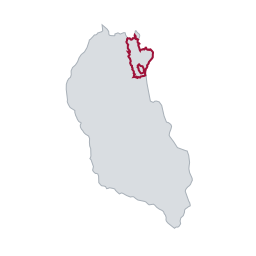 Gyor-Moson-Sopron on a map of Hungary (Equal Earth projection), rotated 82°
{"feature_id": "HUN-3156", "entity_name": "Gyor-Moson-Sopron", "entity_type": "County", "adm_level": 1, "iso_a3": "HUN", "parent_name": "Hungary", "parent_adm1": "", "projection": "equal_earth", "projection_center": [17.255, 47.709], "detail": "fine", "context": "in_parent", "style": "outline", "palette": "rose", "viewbox_px": 256, "rotation_deg": 82, "n_neighbors": 0, "source": "natural_earth", "source_scale": "10m", "svg_char_len": 4375}
<svg xmlns="http://www.w3.org/2000/svg" viewBox="0 0 256 256"><g transform="rotate(82 128 128)"><path d="M210.1,77.4L213.0,77.1L213.8,77.3L214.4,79.2L214.5,79.3L215.2,80.5L215.9,82.1L217.0,83.3L219.3,83.8L222.4,85.4L224.4,88.2L227.4,89.4L227.6,89.4L228.1,89.3L230.2,89.2L230.7,89.7L232.4,91.1L233.1,92.4L232.8,93.7L233.1,95.1L233.8,95.7L233.1,96.6L227.8,101.6L225.7,102.9L224.3,103.2L222.0,102.7L219.7,103.0L217.7,104.1L215.8,104.4L214.4,105.7L212.6,108.4L210.4,110.7L208.2,112.1L207.0,113.4L207.0,117.8L205.7,119.1L204.0,120.3L203.1,121.5L200.7,128.2L198.8,130.3L196.9,132.0L196.6,133.5L196.7,135.2L194.7,138.7L191.9,142.3L191.4,143.7L192.1,145.7L189.4,148.0L187.9,149.1L186.6,149.6L185.8,151.1L184.6,154.6L185.0,156.1L185.1,157.6L182.8,158.4L182.1,160.0L181.6,162.0L180.7,162.9L178.1,164.5L171.7,163.8L169.3,164.3L168.6,165.5L168.5,166.5L167.7,167.3L166.2,168.4L164.8,168.9L161.4,167.6L154.3,169.0L153.0,170.0L152.0,169.2L150.5,168.6L143.3,167.8L140.5,168.4L136.7,168.2L133.2,167.5L130.5,168.1L128.3,170.8L127.1,171.8L126.2,172.4L124.3,173.2L122.6,174.3L120.4,175.0L118.5,174.9L116.6,173.7L115.9,174.0L115.4,175.1L114.4,176.0L111.6,177.2L110.9,177.2L110.7,177.2L108.6,178.0L105.1,178.5L103.3,178.2L100.1,182.0L99.2,182.7L96.1,183.9L93.6,184.5L91.5,184.0L90.6,184.0L81.1,183.8L76.2,183.0L73.0,181.5L70.9,179.8L69.8,177.9L67.4,176.8L63.5,176.4L60.4,174.5L58.3,171.3L55.4,168.7L51.7,166.7L48.7,164.0L46.6,160.5L42.7,157.4L37.1,154.6L35.4,154.0L35.1,153.1L32.4,149.7L31.2,148.4L31.3,146.7L30.8,145.7L29.8,145.0L29.3,142.5L29.0,140.7L28.2,139.5L22.2,139.3L27.2,134.9L29.7,133.7L32.6,133.9L33.5,133.5L33.8,132.8L34.3,131.4L34.5,130.1L34.8,128.8L34.5,128.1L33.1,127.9L32.4,124.7L33.2,123.5L33.9,122.7L33.0,118.9L33.3,117.6L35.5,117.4L37.4,116.6L38.9,115.7L39.4,114.5L40.6,112.1L39.5,109.2L33.0,107.3L32.7,106.6L34.2,105.8L35.8,104.6L36.7,103.7L38.0,103.5L39.7,104.0L42.8,106.1L44.0,106.4L45.2,105.8L46.4,105.7L49.9,105.7L52.8,105.3L52.2,103.0L52.2,101.4L51.7,100.1L52.0,98.6L53.2,97.5L53.5,95.0L55.3,93.3L56.2,93.1L59.4,93.4L60.1,93.8L60.6,93.9L65.7,98.0L70.5,101.2L74.5,102.7L80.3,102.9L86.5,103.0L96.8,102.5L104.5,102.1L105.0,101.3L106.2,99.4L105.2,97.8L105.3,96.0L106.5,93.5L110.3,91.5L121.2,90.6L127.5,89.1L128.4,87.1L130.5,85.1L132.4,84.6L135.0,85.6L138.2,87.4L140.9,88.3L142.5,87.7L148.0,84.7L154.3,81.8L158.6,73.8L159.0,72.6L163.7,71.7L170.7,71.8L174.2,72.8L176.9,73.4L180.9,73.2L186.7,71.5L188.8,71.6L190.5,72.8L192.3,73.8L193.6,75.1L194.6,76.9L195.1,77.5L195.9,78.5L197.4,79.7L198.8,80.1L209.4,77.9L210.1,77.4Z" fill="#d9dde1" stroke="#a8b0b8" stroke-width="1"/><path d="M47.7,106.3L50.2,105.7L52.4,105.5L53.1,105.2L52.7,105.0L52.5,104.7L52.3,104.3L52.3,103.0L52.0,102.2L52.0,101.5L52.5,101.1L52.3,100.8L52.0,100.1L51.7,99.9L51.1,99.6L50.9,99.5L50.9,99.0L51.3,98.8L52.3,98.6L52.8,98.3L53.2,97.9L53.3,97.4L53.5,96.6L53.4,96.6L53.2,96.5L53.1,96.4L53.1,96.2L53.4,96.0L53.5,95.9L53.6,95.6L53.7,95.3L53.7,95.1L53.4,94.7L55.4,93.3L56.5,92.7L57.6,92.9L58.9,93.3L59.2,93.3L61.3,93.6L62.3,94.3L65.5,98.0L65.8,98.2L66.1,98.4L66.9,98.5L67.2,98.7L68.2,100.0L68.6,100.4L68.9,100.4L69.2,100.2L69.6,100.2L70.0,100.4L70.7,100.8L71.3,101.3L71.5,101.7L71.8,102.0L73.2,102.6L73.9,102.9L76.5,103.6L78.3,103.5L78.4,104.0L78.7,104.8L78.7,105.7L78.6,106.4L78.8,107.1L78.8,108.4L79.7,109.1L79.0,110.7L79.8,111.6L79.4,112.3L78.7,112.1L78.4,112.3L78.8,113.4L78.3,114.6L78.3,115.4L77.3,114.5L76.2,113.9L76.2,114.6L75.6,114.4L75.1,114.3L74.5,114.8L73.4,114.3L72.0,114.7L70.6,115.6L69.4,115.1L68.5,115.6L66.9,115.4L66.3,116.3L65.5,116.5L64.9,116.5L64.4,116.8L63.8,116.8L63.3,116.6L62.3,116.0L61.1,116.1L59.9,116.4L59.4,116.3L59.1,116.7L58.2,117.3L57.0,117.7L56.3,116.6L55.5,116.1L52.5,117.5L52.8,116.5L53.1,115.6L52.3,115.4L49.0,117.1L46.4,116.7L45.7,116.2L43.3,117.5L42.4,117.6L41.5,116.9L39.9,116.6L39.5,116.3L39.1,115.9L39.5,115.5L39.4,113.9L39.7,113.5L40.6,113.2L41.0,112.7L41.0,112.1L40.8,111.6L40.3,111.2L39.8,110.9L40.0,110.1L39.7,109.3L39.2,108.7L38.5,108.4L37.5,108.6L36.9,108.4L38.0,107.7L39.1,107.7L40.9,108.0L41.1,107.7L41.0,106.7L41.9,105.7L42.0,105.8L42.3,106.1L42.6,106.3L44.4,106.5L44.7,106.5L45.0,106.2L45.6,105.3L46.1,105.0L46.5,106.1L47.7,106.3ZM73.4,104.4L71.9,104.1L68.9,105.0L68.3,107.0L66.5,108.2L67.5,109.6L68.0,109.4L69.1,110.1L70.3,109.3L72.3,109.3L73.6,108.7L75.6,107.7L75.8,106.9L75.5,105.6L74.8,104.2L73.4,104.4Z" fill="none" stroke="#9f1239" stroke-width="2"/></g></svg>